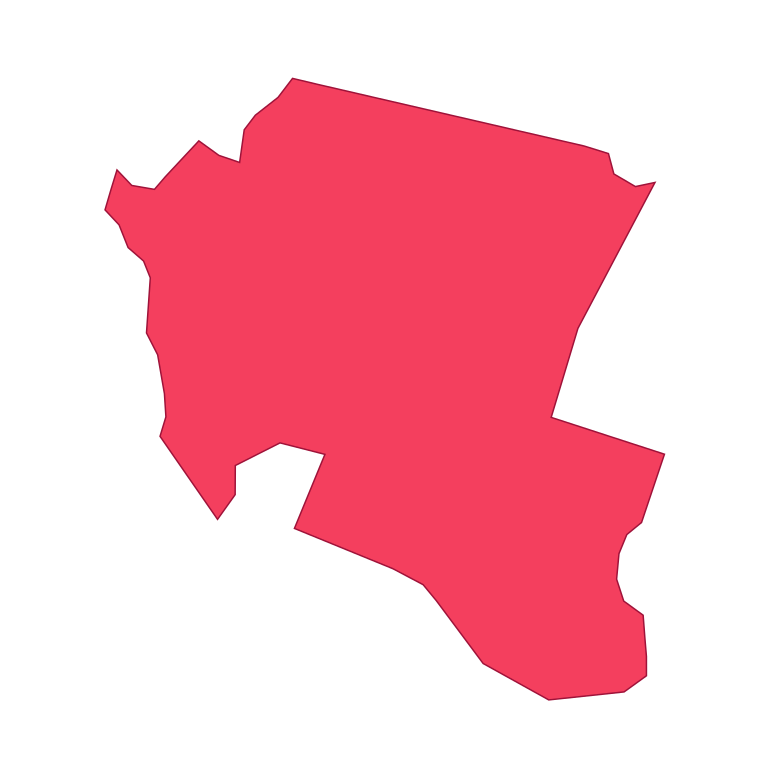 Linha Nova, Rio Grande do Sul, Brazil (orthographic projection), rotated 278°
{"feature_id": "56859067B36754154474179", "entity_name": "Linha Nova", "entity_type": "district", "adm_level": 2, "iso_a3": "BRA", "parent_name": "Brazil", "parent_adm1": "Rio Grande do Sul", "projection": "orthographic", "projection_center": [-51.219, -29.456], "detail": "fine", "context": "isolated", "style": "filled", "palette": "rose", "viewbox_px": 768, "rotation_deg": 278, "n_neighbors": 0, "source": "geoboundaries", "source_scale": "gbopen_adm2", "svg_char_len": 802}
<svg xmlns="http://www.w3.org/2000/svg" viewBox="0 0 768 768"><g transform="rotate(278 384 384)"><path d="M131.6,684.5L150.7,681.8L168.3,677.8L191.1,672.8L202.4,651.6L223.1,641.5L248.7,640.3L268.7,645.4L282.7,658.3L353.5,671.5L374.2,554.2L466.1,568.3L621.3,624.3L614.5,605.5L624.0,582.4L643.4,574.2L647.5,549.2L671.5,276.3L673.9,250.9L653.1,239.2L632.3,219.2L616.3,210.2L583.3,210.2L587.4,188.7L599.0,166.8L558.8,138.6L544.8,129.6L545.5,106.6L558.8,89.8L538.7,86.6L517.6,83.5L504.7,99.5L483.5,111.6L472.3,128.8L456.6,137.8L401.5,141.7L381.4,155.8L343.9,167.9L321.1,172.6L301.0,169.5L226.8,238.0L253.7,252.0L282.6,248.1L311.2,289.2L306.1,335.3L228.5,315.4L202.3,418.6L190.7,450.7L176.8,465.9L121.0,521.1L94.1,591.1L112.5,664.6L131.6,684.5Z" fill="#f43f5e" stroke="#9f1239" stroke-width="1.5"/></g></svg>